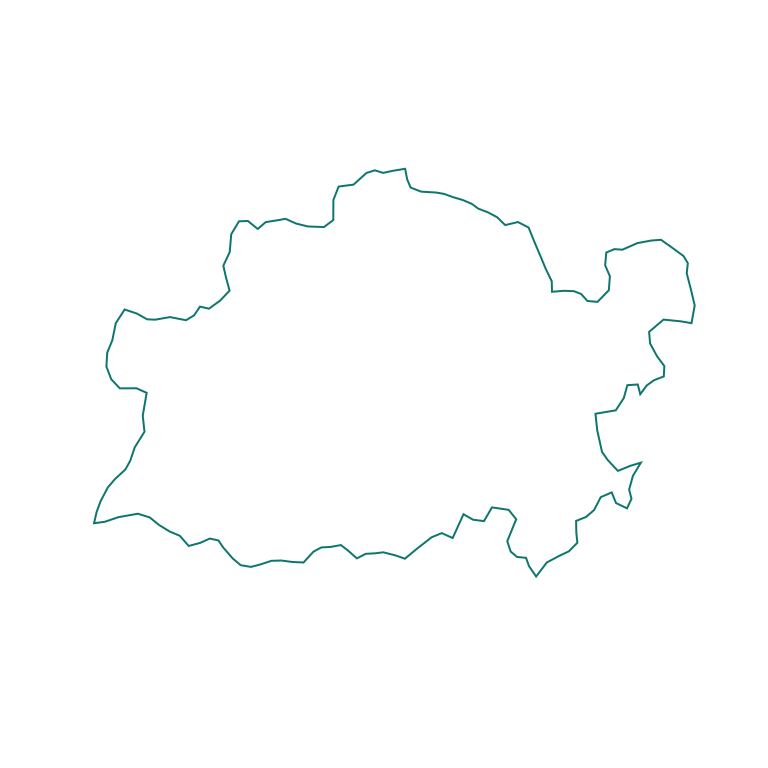 outline of Cesário Lange, São Paulo, Brazil, rotated 21°
{"feature_id": "56859067B87642891823012", "entity_name": "Cesário Lange", "entity_type": "district", "adm_level": 2, "iso_a3": "BRA", "parent_name": "Brazil", "parent_adm1": "São Paulo", "projection": "equal_earth", "projection_center": [-47.895, -23.217], "detail": "fine", "context": "isolated", "style": "outline", "palette": "teal", "viewbox_px": 768, "rotation_deg": 21, "n_neighbors": 0, "source": "geoboundaries", "source_scale": "gbopen_adm2", "svg_char_len": 2265}
<svg xmlns="http://www.w3.org/2000/svg" viewBox="0 0 768 768"><g transform="rotate(21 384 384)"><path d="M617.8,157.2L603.4,153.3L590.9,150.1L581.9,154.4L570.0,161.7L558.4,173.2L550.8,175.5L544.4,181.6L547.9,193.9L556.3,202.5L560.3,215.9L553.9,230.8L544.2,233.6L535.7,229.3L528.1,229.3L518.6,232.5L507.8,237.7L503.8,228.0L493.5,218.3L484.0,208.3L474.8,198.8L462.9,186.1L451.0,184.8L440.2,192.2L429.9,187.8L419.5,186.5L409.2,186.5L401.5,184.4L391.8,184.0L381.7,184.8L372.0,185.0L364.3,186.5L349.8,191.1L338.5,191.1L332.4,184.8L326.6,175.5L315.5,182.0L307.6,187.2L298.9,187.8L292.0,193.2L284.1,208.8L270.9,215.9L270.8,230.3L277.9,249.1L271.7,259.0L256.5,264.2L244.5,265.7L232.8,265.1L225.4,269.6L215.6,275.2L210.6,284.5L198.5,280.6L190.3,284.1L187.7,298.9L192.7,316.2L191.6,331.1L198.2,341.0L206.4,352.2L201.1,364.9L193.6,376.4L184.5,377.7L182.1,388.0L176.3,395.4L160.3,398.2L147.4,405.9L139.7,408.5L127.9,406.8L115.2,407.4L111.8,423.4L114.7,440.6L114.4,454.0L118.6,467.2L127.6,477.3L138.9,482.7L154.5,476.7L165.6,477.3L170.1,500.0L177.5,514.4L174.0,532.5L174.6,546.5L173.2,556.5L166.9,569.2L163.2,579.7L161.4,595.1L161.6,606.7L163.2,617.9L172.7,612.7L183.8,603.5L200.7,593.3L213.1,592.5L224.7,596.3L236.6,598.5L247.8,598.9L259.7,605.2L269.2,598.3L276.8,590.7L285.5,589.4L292.7,594.4L305.3,601.1L315.1,604.5L325.4,602.4L333.2,596.8L342.3,589.4L351.4,585.6L362.2,583.0L372.8,579.5L378.3,565.7L384.1,559.0L392.6,555.2L401.5,549.8L410.1,552.4L421.2,556.5L427.8,549.1L436.5,545.2L443.6,541.4L456.0,539.9L466.1,539.6L474.5,524.8L483.5,509.9L491.4,502.5L503.3,503.2L504.9,477.1L515.7,478.8L526.5,476.2L529.0,460.5L545.5,456.8L555.9,462.9L555.4,486.6L562.3,495.0L570.2,497.8L578.9,495.4L584.7,502.1L595.0,509.2L600.0,492.2L609.8,481.0L616.6,473.9L621.4,462.9L616.9,454.0L612.4,443.0L620.3,435.7L625.3,426.4L626.9,412.0L635.4,403.6L643.3,412.0L655.4,413.0L656.2,402.5L650.7,394.7L649.3,380.5L652.0,365.4L643.3,372.1L633.5,381.3L620.3,374.9L611.9,369.3L599.7,350.9L592.1,336.0L609.8,325.5L612.9,311.2L611.6,297.9L621.1,293.5L626.9,301.7L629.8,291.2L634.8,283.6L642.5,276.7L639.3,266.8L629.0,260.3L617.9,250.8L612.8,240.3L621.9,223.7L638.8,219.1L649.3,217.0L645.9,199.3L636.9,186.1L626.9,172.1L624.4,162.4L617.8,157.2Z" fill="none" stroke="#0f766e" stroke-width="2"/></g></svg>